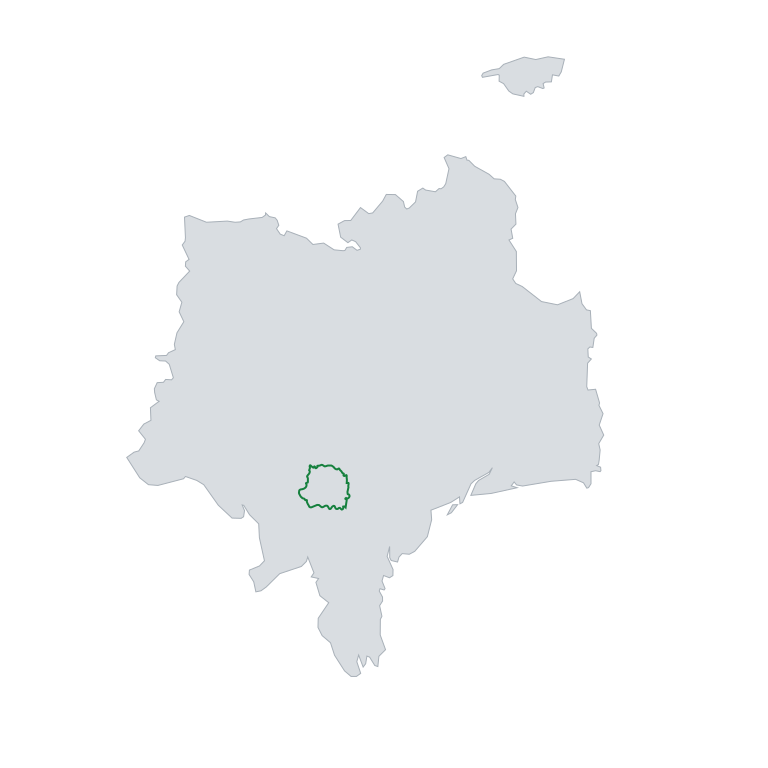 France, with Sarthe highlighted, rotated 253°
{"feature_id": "FRA-5340", "entity_name": "Sarthe", "entity_type": "Metropolitan department", "adm_level": 1, "iso_a3": "FRA", "parent_name": "France", "parent_adm1": "", "projection": "mercator", "projection_center": [0.286, 48.027], "detail": "fine", "context": "in_parent", "style": "outline", "palette": "green", "viewbox_px": 768, "rotation_deg": 253, "n_neighbors": 0, "source": "natural_earth", "source_scale": "10m", "svg_char_len": 6482}
<svg xmlns="http://www.w3.org/2000/svg" viewBox="0 0 768 768"><g transform="rotate(253 384 384)"><path d="M582.2,320.8L577.6,323.3L574.7,328.5L571.8,329.7L566.5,329.8L564.0,326.6L557.6,328.6L555.0,331.9L558.8,335.9L546.1,352.5L538.2,356.8L536.4,367.5L526.9,375.5L523.4,383.9L523.1,385.6L525.5,388.3L524.5,393.8L519.7,397.3L519.8,400.8L521.1,401.3L528.4,398.5L531.2,395.3L529.7,390.8L537.1,385.5L550.3,386.8L551.8,394.0L550.1,400.0L559.6,413.1L551.4,419.2L550.9,423.2L559.3,436.2L564.6,441.6L561.8,450.3L552.8,455.9L547.1,455.5L544.7,456.9L544.9,459.6L548.9,467.4L558.5,472.5L560.0,478.4L557.3,480.5L552.8,489.4L554.8,493.8L554.0,495.7L555.0,498.7L557.5,501.6L570.9,509.1L583.0,507.7L584.5,512.0L577.1,523.5L577.5,528.7L573.8,528.8L573.1,530.5L565.7,534.4L553.7,545.9L548.0,549.3L545.8,555.1L542.5,558.4L525.2,565.0L522.0,563.5L513.6,563.7L508.4,559.5L498.3,556.9L495.0,550.8L485.7,549.7L485.2,545.6L472.0,549.3L453.5,543.8L446.9,537.8L441.6,539.4L436.8,544.7L416.8,558.7L409.0,573.1L410.4,589.9L415.0,598.1L402.9,596.8L395.7,599.3L393.8,602.8L376.6,598.6L370.3,602.1L368.5,601.9L366.3,598.4L357.9,594.4L359.2,591.7L358.0,589.2L350.1,587.2L347.3,589.6L344.4,584.8L322.2,577.1L318.6,577.3L317.1,584.8L302.8,584.6L300.8,583.3L291.6,584.8L281.8,577.8L270.9,579.2L264.2,571.9L257.7,571.4L248.5,567.6L244.4,565.6L243.8,563.5L241.1,566.8L237.7,566.1L237.0,565.0L239.2,561.0L239.6,556.3L228.1,552.8L225.1,549.3L225.1,547.5L231.2,545.9L236.8,539.4L242.1,515.4L245.9,486.7L248.7,481.3L252.3,479.8L249.4,475.9L245.9,481.0L248.0,454.5L252.1,434.5L261.8,442.7L264.1,446.3L266.9,458.2L272.3,463.2L268.8,458.4L265.3,442.5L263.1,438.0L247.8,424.6L247.2,421.6L254.0,423.2L251.2,413.1L249.6,392.0L240.3,389.9L225.3,380.8L215.0,364.5L213.8,358.4L216.5,351.8L214.1,347.7L209.8,344.9L213.1,339.3L216.2,338.7L227.0,341.9L218.2,336.6L203.9,338.4L198.2,336.5L197.1,332.6L201.0,327.6L196.2,324.5L188.0,325.2L187.0,323.9L189.4,320.3L187.4,318.9L180.7,320.3L176.9,319.2L173.3,315.0L162.5,314.1L160.0,311.7L145.1,307.0L129.5,307.8L125.1,299.5L115.6,295.5L117.5,292.9L127.0,290.4L128.8,288.1L121.9,284.7L119.4,281.3L132.2,280.5L126.4,276.8L114.1,277.1L112.4,272.1L114.0,267.0L121.2,262.4L139.1,257.4L152.2,257.2L161.4,251.3L170.5,249.7L179.2,252.6L191.0,267.2L200.3,260.8L214.2,260.9L217.1,264.6L220.8,258.0L223.9,261.8L240.9,260.5L237.0,257.9L233.7,251.7L233.1,228.8L224.3,212.0L222.2,205.9L222.7,200.7L232.9,201.6L241.3,199.3L245.4,200.9L246.4,211.7L249.9,218.0L273.4,219.9L286.9,223.3L298.3,217.2L309.0,214.4L309.8,213.0L303.7,213.6L298.1,210.9L297.3,208.1L300.2,199.5L316.5,190.1L340.4,182.2L346.5,176.8L353.6,167.1L352.0,164.6L353.1,138.1L356.6,129.3L365.7,123.0L389.0,116.5L391.9,125.1L391.7,129.9L397.9,137.4L400.9,139.7L411.0,135.7L415.9,142.6L417.4,150.5L429.6,153.7L433.2,163.9L435.4,161.7L443.0,162.2L446.6,163.0L451.6,167.5L450.1,173.6L452.2,176.5L450.1,182.1L451.6,184.4L465.6,184.4L469.8,181.9L471.8,176.3L476.0,173.0L477.6,174.0L474.9,184.4L476.9,187.1L477.9,194.5L483.2,195.1L493.5,201.0L502.1,210.8L512.9,209.2L521.3,214.6L530.0,211.8L538.2,214.8L541.1,217.6L548.8,231.2L554.7,228.5L558.8,230.1L560.2,234.0L575.9,231.7L578.7,235.5L582.0,236.9L601.9,242.0L602.1,247.1L590.6,261.5L585.6,281.8L582.2,288.9L581.0,294.1L581.9,297.6L581.3,303.1L578.9,316.2L580.2,320.0L582.2,320.8ZM652.9,578.8L651.9,586.4L654.7,591.9L655.6,613.6L649.9,624.0L648.9,636.6L641.8,651.5L630.7,644.8L627.4,641.2L630.4,635.5L624.0,632.4L625.5,626.8L624.8,624.0L620.3,623.7L620.1,622.3L623.4,618.0L623.3,615.3L619.0,612.0L618.2,609.0L622.4,605.7L620.5,602.6L618.2,601.9L623.8,592.0L627.7,589.0L636.3,586.2L639.9,582.6L645.6,584.5L646.6,583.6L648.5,567.8L650.4,567.6L652.3,569.7L652.9,578.8ZM248.4,414.3L247.1,419.1L241.2,410.8L240.4,406.3L248.4,414.3Z" fill="#d9dde1" stroke="#a8b0b8" stroke-width="1"/><path d="M277.2,311.2L278.0,310.8L278.6,310.1L278.7,309.1L277.3,308.8L276.7,308.4L276.3,307.6L276.3,306.9L276.9,306.4L278.1,305.8L278.4,305.6L278.5,305.4L278.6,305.0L278.6,304.6L278.5,304.2L278.2,303.6L278.1,303.2L278.2,302.5L278.5,301.9L278.9,301.5L279.4,301.3L281.2,301.1L281.8,300.9L282.2,300.3L282.1,299.5L281.9,298.8L281.5,298.1L280.5,296.9L280.2,296.3L280.3,295.5L280.5,295.3L280.7,295.1L283.4,294.5L284.1,294.1L284.4,293.6L284.6,293.0L284.7,292.3L284.6,291.5L284.2,290.2L284.2,289.5L284.2,288.8L284.4,288.5L284.6,288.2L287.3,286.4L287.9,284.7L287.3,278.6L287.5,277.7L287.9,277.1L288.4,276.7L290.6,276.3L291.1,276.1L293.4,275.8L293.8,275.8L294.3,275.9L294.9,276.2L295.5,276.2L295.7,275.9L295.8,275.2L295.9,274.9L296.2,274.7L296.4,274.6L296.6,274.5L296.9,274.5L297.3,274.4L297.5,274.3L297.7,274.0L298.0,273.7L298.3,273.1L298.6,272.7L298.9,272.4L299.4,272.3L299.8,272.0L300.5,271.5L303.8,270.8L304.3,270.8L304.9,270.9L306.5,271.6L307.0,271.9L307.2,272.2L307.4,272.7L307.5,273.1L307.5,273.6L307.3,275.1L307.3,276.7L307.5,277.5L307.7,278.1L308.0,278.8L308.4,279.3L308.9,279.8L310.0,280.4L310.7,280.5L311.2,280.4L311.6,280.3L311.9,280.4L312.1,280.9L312.1,281.3L312.1,281.7L312.1,282.2L312.2,282.3L312.7,282.6L315.9,283.6L317.4,283.6L317.5,283.5L317.6,283.4L318.0,283.4L318.5,283.7L319.1,284.5L319.9,285.8L320.3,286.3L320.7,286.7L321.6,287.3L322.4,287.5L323.4,287.2L325.3,288.6L325.7,288.7L326.9,288.8L327.2,288.9L327.5,289.1L327.8,289.4L327.8,289.7L327.4,290.1L326.7,290.4L325.3,291.4L324.9,291.7L324.7,291.9L324.7,292.4L325.0,292.7L325.3,292.9L325.5,293.1L325.5,293.4L325.1,293.7L324.8,293.8L324.0,293.8L323.7,293.9L323.4,294.2L323.4,294.7L323.6,295.1L323.8,295.5L323.9,295.8L324.1,296.1L324.3,296.2L325.0,296.2L325.2,296.5L325.1,297.1L324.8,298.3L324.8,299.0L324.8,299.6L325.0,300.3L324.9,300.8L324.6,301.4L323.7,302.2L323.2,302.6L322.7,303.0L322.5,303.6L322.4,304.1L322.4,304.6L322.4,305.0L322.4,305.4L322.5,305.9L322.4,306.3L322.4,306.7L321.4,309.8L321.0,310.3L320.5,310.7L319.4,311.5L318.6,311.9L318.1,312.0L317.3,312.5L316.4,313.4L316.0,314.6L316.3,315.3L316.4,315.8L316.4,316.1L316.2,316.4L315.9,316.5L315.3,316.6L314.8,316.7L312.8,317.8L311.3,318.1L310.7,318.5L310.4,318.8L310.3,319.1L310.0,319.3L309.5,319.2L308.6,318.6L308.2,318.6L307.7,319.0L307.6,319.4L307.6,319.8L307.7,320.1L307.8,320.8L307.9,321.2L307.8,321.4L307.2,321.5L305.1,320.8L304.0,320.7L302.3,320.2L300.2,319.4L299.8,321.0L298.9,321.0L296.9,320.0L295.6,319.8L291.5,317.5L289.5,317.1L289.2,317.2L288.6,318.1L287.7,318.4L286.7,318.2L285.8,317.5L285.3,316.5L285.2,315.9L285.2,315.6L285.2,315.2L285.4,315.0L286.0,314.5L286.1,314.4L285.8,313.6L285.4,313.5L284.4,314.3L283.9,314.4L277.2,311.2Z" fill="none" stroke="#15803d" stroke-width="2"/></g></svg>